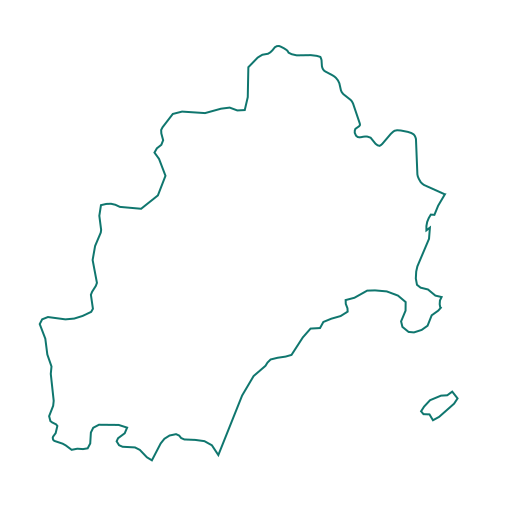 SVG path tracing the border of Grosseto, rotated 274°
{"feature_id": "ITA-5379", "entity_name": "Grosseto", "entity_type": "Province", "adm_level": 1, "iso_a3": "ITA", "parent_name": "Italy", "parent_adm1": "", "projection": "natural_earth1", "projection_center": [11.272, 42.756], "detail": "fine", "context": "isolated", "style": "outline", "palette": "teal", "viewbox_px": 512, "rotation_deg": 274, "n_neighbors": 0, "source": "natural_earth", "source_scale": "10m", "svg_char_len": 2904}
<svg xmlns="http://www.w3.org/2000/svg" viewBox="0 0 512 512"><g transform="rotate(274 256 256)"><path d="M330.7,440.1L318.9,434.2L309.5,431.1L309.5,427.5L305.9,425.7L302.0,424.4L297.8,423.9L293.5,424.2L296.4,427.5L285.2,427.4L256.9,417.7L251.7,416.9L244.7,417.0L238.5,418.6L235.9,422.4L234.6,429.9L229.0,437.7L228.0,444.0L224.5,442.6L220.7,442.6L217.9,443.3L217.3,444.0L214.2,441.6L209.1,435.4L198.4,432.0L193.8,426.4L190.8,418.9L190.9,413.5L195.5,407.0L200.9,405.3L211.9,409.0L220.5,408.5L226.4,400.4L229.8,388.9L230.0,377.1L229.2,369.3L221.2,357.1L218.3,348.5L214.5,348.9L210.2,350.9L206.9,351.3L202.0,344.6L198.7,335.5L194.9,327.8L188.6,324.9L187.4,315.5L178.1,308.4L159.8,298.3L157.7,292.5L156.0,284.7L153.8,277.8L150.5,274.9L147.1,273.1L136.1,262.0L115.9,251.9L54.8,232.3L64.1,225.2L67.7,217.5L68.3,208.3L68.0,197.3L69.2,194.0L71.5,191.9L72.7,188.7L70.9,182.3L67.3,177.4L62.4,174.0L44.9,166.4L47.6,161.2L54.5,153.6L56.6,148.6L56.4,136.2L57.7,132.6L61.4,129.9L64.6,131.1L70.0,137.4L75.8,139.4L77.9,130.8L76.7,111.1L73.3,105.6L68.4,103.6L57.4,103.7L52.4,101.5L51.3,96.9L51.3,91.2L49.8,85.6L53.8,79.4L55.3,76.2L57.5,67.7L58.6,66.4L60.5,65.9L61.7,66.2L65.3,68.5L72.6,69.7L74.1,68.3L75.8,64.2L77.0,62.4L81.8,60.8L92.4,64.1L97.4,64.3L124.1,59.5L131.5,59.7L143.2,54.7L158.8,51.6L173.0,45.0L177.9,47.1L180.6,52.7L179.5,70.3L180.9,79.0L184.1,87.2L188.8,95.5L192.0,97.0L205.8,94.0L208.9,95.0L215.0,98.3L218.1,99.2L240.6,93.3L254.8,94.8L268.5,99.5L271.2,99.7L285.2,96.9L295.9,97.8L297.5,103.0L298.0,107.7L297.3,112.1L295.5,116.8L295.1,138.1L309.6,153.9L329.7,160.1L346.1,152.5L352.1,147.5L356.5,149.6L360.3,153.8L365.0,155.3L371.7,153.0L375.1,152.6L377.9,153.8L391.9,163.1L394.9,172.2L395.0,195.2L400.5,210.8L402.2,219.4L399.9,227.2L400.8,234.6L413.9,236.7L443.8,235.2L454.0,243.8L455.4,245.7L457.2,248.3L458.6,253.9L460.2,256.1L462.3,258.0L465.6,260.3L466.8,262.2L467.1,264.3L466.6,266.0L465.2,269.3L463.6,272.2L462.5,273.4L461.1,274.3L459.8,277.5L459.0,282.6L460.2,296.7L459.9,302.6L459.1,306.3L457.6,307.1L456.0,307.7L450.0,308.5L448.5,309.0L447.3,309.6L446.5,310.2L445.5,311.2L444.8,312.5L441.6,319.7L440.5,321.7L439.3,323.3L436.9,325.5L434.1,327.1L427.1,329.2L425.3,330.2L423.5,331.9L418.6,339.1L417.6,340.3L416.3,341.3L414.8,342.2L395.4,350.3L394.0,350.6L392.7,349.9L389.8,346.3L388.0,345.8L385.8,345.9L383.0,347.4L381.8,349.1L381.6,351.0L381.9,352.7L382.4,354.4L382.8,356.5L382.9,358.7L382.0,362.1L376.3,367.4L374.9,369.6L374.5,371.6L375.4,372.9L376.6,374.1L387.3,382.0L389.6,384.2L390.6,385.5L391.3,388.0L391.3,391.7L390.4,398.9L389.5,402.4L388.3,404.8L387.1,405.9L385.5,406.8L383.9,407.4L348.6,411.3L346.6,411.9L344.4,413.0L341.1,415.2L339.6,417.0L338.5,418.8L330.7,440.0L330.7,440.1ZM117.5,434.2L124.3,439.7L129.6,450.3L130.4,456.5L134.4,461.2L128.0,467.0L122.5,463.9L108.3,449.9L104.5,444.0L110.1,440.1L109.9,434.1L112.6,431.5L117.5,434.2Z" fill="none" stroke="#0f766e" stroke-width="2"/></g></svg>